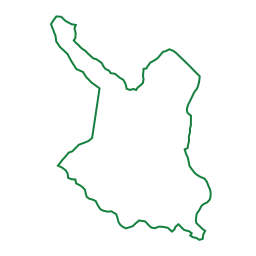 outline of Caldazinha, Goiás, Brazil, rotated 279°
{"feature_id": "56859067B2898488959664", "entity_name": "Caldazinha", "entity_type": "district", "adm_level": 2, "iso_a3": "BRA", "parent_name": "Brazil", "parent_adm1": "Goiás", "projection": "mercator", "projection_center": [-48.966, -16.729], "detail": "fine", "context": "isolated", "style": "outline", "palette": "green", "viewbox_px": 256, "rotation_deg": 279, "n_neighbors": 0, "source": "geoboundaries", "source_scale": "gbopen_adm2", "svg_char_len": 2161}
<svg xmlns="http://www.w3.org/2000/svg" viewBox="0 0 256 256"><g transform="rotate(279 128 128)"><path d="M211.2,160.9L212.2,156.6L209.8,153.2L208.7,150.7L205.5,148.7L201.7,146.4L198.9,143.5L196.1,139.8L192.4,137.9L189.7,136.9L188.9,134.2L185.2,134.4L182.0,134.6L178.8,135.7L174.8,135.7L172.4,133.9L169.4,131.2L166.8,130.0L167.4,127.3L165.9,123.9L166.6,120.4L169.9,119.3L172.6,117.7L175.1,115.5L176.1,112.4L179.5,106.8L179.5,102.3L181.7,100.3L182.8,96.5L185.0,94.1L188.0,92.0L189.5,89.2L191.1,85.6L191.3,82.8L193.1,80.1L195.4,76.6L197.6,73.7L198.7,71.2L200.3,68.4L202.3,66.0L204.2,62.9L206.1,60.7L208.5,61.9L212.8,61.6L215.4,60.7L218.3,59.5L221.6,60.4L221.7,56.0L223.9,49.6L227.4,44.6L227.0,39.8L222.7,37.5L218.5,35.7L207.4,42.1L202.2,43.6L197.4,48.1L191.8,56.5L185.4,61.4L178.2,67.7L176.3,74.8L172.0,78.5L167.3,84.7L162.7,93.7L130.5,94.0L127.6,94.0L116.1,94.1L112.6,94.1L109.0,91.1L106.5,86.9L103.7,82.0L101.0,80.1L96.3,76.7L94.4,73.3L89.2,70.2L86.3,68.2L83.4,66.7L79.9,64.7L78.4,69.6L76.0,73.6L73.4,75.6L69.5,76.6L68.5,80.2L68.9,84.1L65.2,85.4L63.8,89.6L62.4,92.5L60.1,95.2L56.7,96.5L53.6,97.9L52.1,100.8L51.7,104.5L50.8,107.5L48.2,109.3L45.0,111.9L43.1,114.1L42.4,117.0L42.2,121.0L43.1,124.5L41.1,129.7L38.2,131.4L33.6,133.3L31.3,135.4L29.5,138.3L28.6,141.8L30.3,145.2L31.7,148.0L34.9,150.4L38.4,153.4L38.4,159.7L35.4,163.4L33.3,166.5L33.3,170.5L35.3,173.6L35.8,176.9L35.7,182.8L32.6,187.6L34.9,189.7L37.8,190.3L40.8,192.9L38.1,196.4L36.1,199.4L35.5,204.7L34.0,207.4L31.6,206.3L30.3,209.1L30.1,212.7L28.7,215.9L30.1,219.1L34.4,219.0L38.5,220.3L39.7,217.8L42.1,214.3L44.7,210.5L47.2,209.5L50.5,209.3L54.0,209.3L58.4,211.4L62.6,212.8L64.7,214.6L66.8,217.8L70.0,219.9L72.7,220.2L76.4,219.9L79.8,218.8L83.4,216.5L87.2,214.3L89.9,211.6L91.1,207.0L92.4,203.7L94.1,200.8L97.0,197.8L100.1,194.7L108.0,191.8L111.1,189.6L115.7,187.3L117.5,190.0L120.8,190.0L124.7,190.3L129.3,189.4L133.3,189.9L137.1,189.3L140.7,189.7L144.2,189.1L149.9,188.3L152.2,184.5L154.8,183.3L157.5,183.3L160.9,183.9L164.3,185.0L167.8,186.1L173.4,187.7L177.8,190.0L180.5,190.6L184.7,191.0L190.2,190.8L199.9,177.7L209.4,164.1L211.2,160.9Z" fill="none" stroke="#15803d" stroke-width="2"/></g></svg>